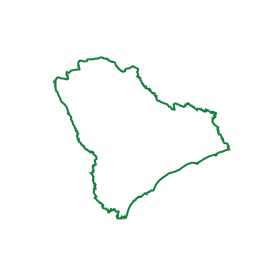 Batang, Jawa Tengah, Indonesia (Equal Earth projection), rotated 136°
{"feature_id": "22746128B4894534477686", "entity_name": "Batang", "entity_type": "district", "adm_level": 2, "iso_a3": "IDN", "parent_name": "Indonesia", "parent_adm1": "Jawa Tengah", "projection": "equal_earth", "projection_center": [109.867, -7.032], "detail": "fine", "context": "isolated", "style": "outline", "palette": "green", "viewbox_px": 256, "rotation_deg": 136, "n_neighbors": 0, "source": "geoboundaries", "source_scale": "gbopen_adm2", "svg_char_len": 5737}
<svg xmlns="http://www.w3.org/2000/svg" viewBox="0 0 256 256"><g transform="rotate(136 128 128)"><path d="M148.0,213.3L149.3,212.5L149.4,211.6L149.1,210.7L149.5,210.0L150.5,209.7L150.9,208.8L151.7,209.5L150.9,208.6L151.7,208.0L153.8,205.0L153.9,203.1L154.6,200.7L155.0,200.3L156.3,196.1L157.0,195.2L157.6,193.3L157.2,188.2L157.6,187.0L157.6,185.1L159.0,183.2L159.1,182.2L159.7,181.2L160.4,180.6L160.3,180.0L161.2,180.1L161.0,178.1L161.2,176.0L161.9,174.5L163.0,173.8L163.3,172.2L163.7,171.5L163.6,170.8L165.1,168.8L165.0,167.9L165.3,166.4L166.2,165.1L165.9,164.0L166.8,163.2L166.7,160.8L167.0,160.6L167.5,161.1L167.5,160.3L168.0,159.4L167.8,158.7L168.5,158.8L169.1,157.9L170.1,157.8L170.7,157.1L171.1,155.9L171.0,154.6L171.6,154.8L172.2,154.5L171.9,153.5L172.4,153.2L172.4,152.1L172.8,151.7L172.4,150.3L172.6,149.2L173.1,148.6L172.8,147.5L173.0,147.1L172.2,146.0L172.8,145.4L172.8,144.5L173.2,144.3L173.3,143.9L172.8,141.8L173.0,141.3L172.4,140.9L172.3,138.3L171.6,137.5L172.1,137.0L171.9,136.6L171.5,136.8L170.6,136.4L170.1,135.7L170.8,135.4L170.1,134.3L170.9,134.0L171.1,133.0L170.6,130.9L170.9,130.4L170.7,129.4L170.9,128.9L171.6,128.5L172.2,127.5L174.3,127.9L175.3,126.7L175.4,126.0L176.1,125.1L176.4,124.1L177.5,124.7L178.5,124.3L178.6,125.2L179.3,125.3L180.2,124.8L181.0,123.6L182.3,121.3L182.6,121.6L183.3,121.5L183.7,121.3L183.8,120.5L184.6,120.8L185.5,120.2L186.1,120.9L186.1,118.8L186.7,118.2L186.7,116.7L187.4,116.6L188.3,115.8L188.5,114.9L189.3,115.0L189.8,114.5L190.4,112.6L191.0,112.1L191.1,111.7L190.4,110.9L190.6,109.8L191.3,109.4L192.4,109.7L192.8,109.3L192.7,108.2L193.5,106.8L194.8,108.0L195.5,107.3L196.2,105.9L197.5,105.5L197.7,104.2L198.2,102.8L198.3,100.6L200.2,101.1L200.6,100.9L200.3,99.4L200.4,98.7L200.2,95.1L200.5,93.9L199.7,93.4L199.5,92.1L199.7,91.3L199.4,90.4L199.4,89.7L200.9,89.7L200.7,89.0L201.3,88.6L201.6,87.6L201.1,86.6L200.0,85.7L200.1,84.2L199.1,83.3L199.3,82.6L200.4,81.7L200.6,80.8L200.0,80.3L198.6,80.9L197.8,80.2L196.5,81.5L196.3,81.0L196.5,79.6L195.3,79.1L194.5,79.4L194.1,79.0L194.1,78.4L194.7,76.7L194.6,75.8L192.8,74.8L192.9,74.2L195.6,72.6L196.4,71.5L197.1,71.5L197.1,72.5L197.4,72.4L198.4,70.3L196.0,67.9L195.9,68.5L195.0,68.2L193.9,68.6L193.7,66.3L192.8,66.9L191.7,66.8L191.7,66.5L192.5,65.6L191.8,64.8L183.9,69.3L178.9,71.0L176.6,71.0L175.9,71.5L174.7,71.3L174.1,71.7L173.3,71.5L172.7,70.9L170.9,71.5L169.5,71.0L168.8,71.4L167.8,71.0L167.7,70.3L167.2,70.3L167.0,69.7L166.4,69.3L166.1,69.5L162.4,69.2L161.5,69.4L160.7,68.7L160.7,67.9L160.5,67.6L160.3,68.0L160.0,67.8L159.1,68.1L157.9,67.8L157.4,67.1L155.0,67.2L153.6,65.7L152.7,65.4L148.2,67.6L143.6,68.5L139.1,68.4L130.5,67.0L127.8,65.8L125.8,64.6L120.2,62.3L116.8,62.0L110.7,60.8L106.1,58.6L104.2,56.4L104.1,55.7L103.4,55.0L103.2,54.5L102.9,54.8L102.5,54.3L102.2,54.5L101.4,54.0L100.9,54.3L98.0,53.5L96.1,53.3L88.6,51.0L84.1,48.5L84.1,47.2L82.9,47.2L82.9,47.7L82.1,47.8L80.6,47.5L78.1,46.5L76.4,45.2L75.9,45.3L72.9,44.0L70.3,42.4L70.4,43.2L69.8,43.8L69.5,44.8L68.7,44.3L68.4,44.8L67.4,47.9L69.1,50.1L69.2,50.6L68.5,53.2L68.2,53.4L67.9,53.2L67.6,53.7L67.8,54.6L67.4,54.7L67.5,55.0L67.2,55.9L67.4,56.1L66.8,56.6L66.5,57.9L66.1,58.4L66.3,59.8L67.0,60.1L66.8,61.3L66.3,61.8L66.2,62.2L65.7,62.2L65.5,62.9L65.2,62.8L65.1,64.0L64.7,64.0L64.7,64.4L64.0,64.5L64.0,65.3L62.7,65.6L62.7,66.3L63.2,67.4L63.1,68.9L63.6,70.1L63.3,71.1L63.4,71.5L63.1,72.2L63.3,72.6L62.9,73.9L60.2,76.4L59.8,75.2L57.5,75.3L57.3,75.5L57.5,75.8L57.4,76.7L56.4,76.6L57.5,77.0L57.4,77.3L56.2,77.4L55.5,76.8L54.4,77.5L54.6,78.3L55.9,78.7L55.2,79.9L55.7,80.6L56.0,80.8L56.5,80.0L57.5,80.7L57.2,81.2L56.9,81.2L56.9,81.6L57.8,81.9L57.9,84.2L58.5,85.9L59.3,86.3L59.2,87.3L59.5,87.3L59.8,86.8L59.8,85.8L60.0,85.6L60.6,85.8L60.9,86.7L61.4,86.7L61.5,87.7L62.1,87.8L62.0,89.0L62.5,89.7L62.1,90.8L62.9,90.9L63.4,92.2L64.3,93.3L65.9,92.9L65.8,94.6L66.5,96.3L66.0,97.6L66.9,98.3L66.6,99.9L67.4,100.6L67.6,101.8L67.3,103.3L67.7,104.2L68.5,104.5L68.8,104.1L69.3,104.6L69.9,104.4L70.5,105.0L71.4,104.0L73.2,104.3L73.6,104.9L73.7,106.1L74.5,107.0L75.0,108.2L75.1,109.3L76.4,111.6L76.7,112.7L78.3,113.3L78.9,113.0L80.9,110.6L81.0,109.6L81.9,108.9L83.4,111.0L83.1,111.5L82.9,113.8L83.0,114.2L83.7,114.8L83.3,117.4L83.7,118.7L84.2,119.2L85.2,121.9L85.8,122.6L86.4,124.1L86.6,125.7L87.1,126.0L87.6,127.2L87.6,128.9L86.7,129.6L86.4,130.8L85.8,130.7L85.3,131.1L86.2,132.6L86.1,133.2L84.8,134.0L84.7,134.3L85.3,135.4L86.2,135.7L86.1,139.0L85.5,139.8L86.4,140.0L86.4,140.3L86.1,140.9L85.5,141.0L85.4,141.4L86.2,141.6L86.6,142.2L86.7,143.3L87.5,144.5L86.4,145.2L87.2,145.6L87.0,146.4L87.3,146.5L87.5,147.3L87.3,148.4L86.5,148.7L86.9,150.5L86.0,152.1L85.7,154.2L85.3,154.5L85.7,155.3L84.9,154.7L84.4,155.1L84.6,156.2L84.5,156.8L85.4,157.0L85.2,157.7L85.4,158.3L85.0,158.2L84.6,159.0L84.2,159.0L83.3,159.8L82.5,162.0L81.6,162.1L79.8,163.2L79.9,164.2L81.0,167.0L81.6,169.2L85.7,170.0L86.9,171.2L89.0,171.9L89.8,171.9L90.6,171.0L91.7,171.6L92.5,171.7L92.8,173.5L93.5,174.2L93.3,175.3L93.7,176.7L93.3,177.2L93.5,177.4L93.5,178.0L93.0,179.9L93.4,180.3L93.4,181.1L92.1,183.6L92.1,184.6L92.8,186.1L93.1,186.0L93.8,186.7L94.5,189.4L95.0,190.0L94.7,190.8L95.2,191.9L95.0,192.4L95.6,192.5L95.7,193.2L97.1,194.8L97.3,196.2L98.7,197.8L101.3,198.8L102.3,199.5L102.7,200.4L104.5,201.0L109.6,205.6L111.1,204.7L111.6,205.0L113.6,206.6L114.5,208.6L116.3,210.1L118.2,209.5L119.7,208.3L120.0,207.1L120.7,207.1L121.2,206.5L121.1,205.6L121.9,204.0L122.3,203.9L125.2,206.4L129.4,208.9L132.1,208.5L133.2,210.8L135.0,209.7L135.2,208.7L134.8,207.5L135.8,207.0L136.7,205.6L137.0,204.3L137.2,205.1L137.8,205.4L138.0,205.9L138.5,205.7L139.9,208.2L141.8,210.3L142.5,212.5L144.4,213.6L145.9,212.9L146.6,213.0L147.3,212.5L147.5,211.9L148.9,210.8L149.0,212.0L148.0,213.3Z" fill="none" stroke="#15803d" stroke-width="2"/></g></svg>